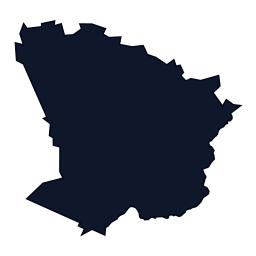 Monroe, Tennessee, United States of America
{"feature_id": "52423323B41310745386926", "entity_name": "Monroe", "entity_type": "district", "adm_level": 2, "iso_a3": "USA", "parent_name": "United States of America", "parent_adm1": "Tennessee", "projection": "robinson", "projection_center": [-84.153, 35.439], "detail": "fine", "context": "isolated", "style": "filled", "palette": "ink", "viewbox_px": 256, "rotation_deg": 0, "n_neighbors": 0, "source": "geoboundaries", "source_scale": "gbopen_adm2", "svg_char_len": 2255}
<svg xmlns="http://www.w3.org/2000/svg" viewBox="0 0 256 256"><path d="M104.8,235.0L105.6,226.3L105.9,226.8L106.5,226.9L108.3,225.9L108.6,225.3L111.3,222.1L117.1,218.8L118.1,216.9L120.0,215.3L123.8,213.6L124.8,212.7L128.1,208.3L129.6,206.9L131.2,206.3L134.0,206.8L135.8,207.7L138.2,210.6L138.2,211.3L139.2,212.4L139.6,216.1L140.2,217.5L140.6,218.0L143.3,218.3L144.7,219.7L148.5,219.4L149.1,218.6L151.7,217.0L152.3,217.0L155.2,218.1L155.5,217.9L156.1,217.0L157.5,216.7L162.1,216.5L163.4,216.9L164.7,217.5L165.9,218.0L167.0,218.2L167.6,218.0L168.2,217.7L168.4,216.7L168.9,215.4L169.1,215.2L170.6,214.8L172.8,214.9L172.9,215.2L173.2,215.5L173.6,215.6L175.5,214.9L177.5,215.7L177.8,216.0L179.7,216.3L181.7,215.1L185.3,211.8L185.3,211.0L186.0,210.0L188.4,209.0L190.0,208.8L192.6,207.4L195.7,206.7L196.9,205.9L200.7,202.0L203.3,197.3L205.9,195.7L206.4,195.4L208.1,194.0L208.9,191.4L206.9,187.8L206.1,187.3L203.7,186.6L203.4,186.2L203.5,183.9L204.6,180.4L204.6,179.9L204.7,178.9L205.4,178.1L205.8,176.8L205.1,175.3L204.6,175.1L202.5,169.8L202.7,169.1L203.5,168.7L207.6,167.3L208.1,167.1L209.3,165.6L209.7,164.7L211.3,162.2L214.2,159.1L213.9,155.8L213.3,154.0L212.8,153.2L213.0,152.4L213.9,150.8L213.9,150.5L211.7,147.1L211.2,146.7L210.1,146.5L209.9,146.1L208.8,144.1L208.7,142.6L209.2,141.5L210.3,140.9L211.4,140.5L212.6,139.0L215.0,136.4L216.2,135.7L217.1,134.4L217.4,134.0L217.8,131.9L218.4,130.5L219.9,128.5L223.5,126.6L225.4,124.0L227.4,123.5L227.4,121.8L228.0,120.7L228.6,120.5L229.9,120.8L230.4,120.5L231.9,118.7L232.0,117.1L232.0,116.7L230.4,113.3L240.6,105.6L233.3,104.8L226.3,99.7L222.6,106.1L212.9,92.6L219.9,85.9L218.6,75.6L200.6,80.6L190.9,78.7L185.8,81.0L180.7,75.5L183.4,72.5L180.1,65.3L176.0,66.2L173.9,59.8L166.8,64.9L155.9,57.5L147.3,54.5L144.8,49.1L143.1,45.6L132.1,46.9L119.4,44.5L120.8,37.0L108.9,37.6L102.9,34.1L105.5,28.7L91.8,24.1L79.9,24.0L81.6,28.9L73.4,34.8L64.4,35.5L61.2,23.8L54.1,25.9L54.6,21.0L41.7,23.7L41.7,26.8L27.0,28.5L23.7,23.7L20.0,33.7L23.5,44.9L15.4,42.9L16.6,60.4L23.4,63.8L46.9,117.2L43.5,118.5L50.5,123.7L49.5,135.6L53.3,137.6L53.4,145.2L60.0,146.8L59.9,171.7L63.1,178.1L43.0,183.3L26.8,198.8L80.0,222.6L78.5,225.8L84.6,228.7L81.8,234.8L92.0,229.2L104.8,235.0Z" fill="#0f172a" stroke="#020617" stroke-width="1.5"/></svg>